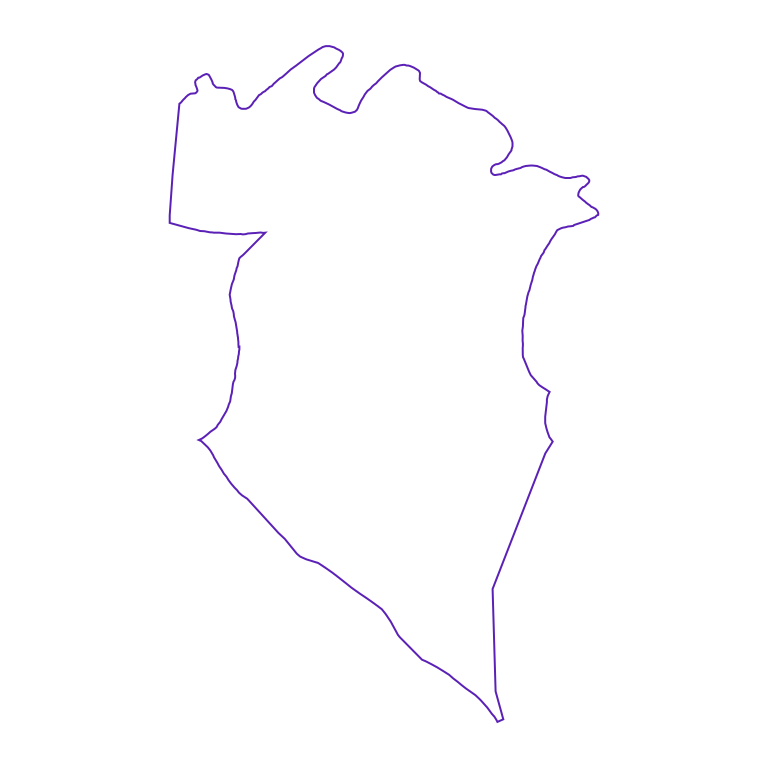 Cap Estate/Ranch Site, Gros Islet, Saint Lucia
{"feature_id": "8701671B82854907311550", "entity_name": "Cap Estate/Ranch Site", "entity_type": "district", "adm_level": 2, "iso_a3": "LCA", "parent_name": "Saint Lucia", "parent_adm1": "Gros Islet", "projection": "albers", "projection_center": [-60.933, 14.104], "detail": "fine", "context": "isolated", "style": "outline", "palette": "violet", "viewbox_px": 768, "rotation_deg": 0, "n_neighbors": 0, "source": "geoboundaries", "source_scale": "gbopen_adm2", "svg_char_len": 5995}
<svg xmlns="http://www.w3.org/2000/svg" viewBox="0 0 768 768"><path d="M503.3,719.3L495.6,691.4L492.6,589.0L545.3,453.4L552.7,441.6L550.7,438.8L549.5,437.4L547.5,431.9L546.4,428.2L545.2,423.1L545.2,416.7L546.9,402.2L546.9,399.5L547.7,396.0L549.6,391.9L548.3,391.1L546.4,389.8L541.8,386.9L539.2,385.1L537.4,383.2L536.6,381.8L530.8,375.2L529.1,371.7L523.7,358.5L523.1,357.4L522.8,355.3L522.7,348.0L522.9,345.8L522.9,343.5L522.6,340.7L522.7,335.9L522.3,330.8L522.9,326.4L523.1,321.1L523.3,317.9L524.2,315.7L524.6,314.1L525.5,307.1L525.5,306.1L525.9,304.6L527.3,296.6L528.5,292.3L529.4,290.3L530.7,284.9L532.3,279.9L533.0,276.3L533.4,275.3L534.1,272.5L534.7,271.2L535.0,269.9L536.4,266.2L537.7,263.9L539.7,259.1L540.2,258.3L541.1,256.0L543.6,252.7L544.5,250.1L545.4,249.0L546.9,246.6L548.4,244.3L549.0,243.7L550.2,241.2L551.4,239.2L554.9,234.3L556.2,231.8L557.3,230.1L560.8,228.4L562.4,227.8L563.9,227.5L565.3,227.3L568.0,226.5L571.2,226.2L573.4,225.8L574.1,225.0L588.3,220.3L589.3,220.0L591.0,218.8L592.1,218.4L593.9,217.5L594.8,217.4L595.5,216.8L596.3,215.9L597.4,215.1L598.2,214.9L598.3,213.4L598.0,212.4L597.5,211.2L596.3,209.6L595.0,208.6L594.2,208.2L592.7,207.3L591.4,206.9L590.2,205.7L589.1,204.8L588.4,204.4L585.9,202.5L585.2,201.7L582.8,199.9L579.4,196.9L578.7,196.5L578.2,195.5L578.3,194.3L578.6,192.7L579.6,190.6L580.3,189.4L582.8,187.1L583.7,187.0L584.7,186.5L585.5,185.8L586.8,184.4L587.8,183.6L588.8,182.4L589.2,181.5L589.3,180.2L588.3,178.7L587.5,178.1L586.3,176.9L582.9,175.7L581.5,175.8L579.8,176.2L577.6,176.4L575.8,177.0L572.6,177.3L570.4,178.0L565.3,178.0L562.3,177.3L560.6,176.8L558.7,176.1L557.0,175.1L554.4,174.1L552.5,173.0L549.8,171.7L546.3,169.7L544.5,169.2L542.1,168.0L540.2,167.2L537.0,166.0L532.2,165.5L529.7,165.6L525.7,166.0L524.2,166.4L522.0,167.1L520.5,168.0L517.2,168.8L514.9,169.5L513.3,170.3L510.7,170.8L508.3,171.5L504.5,173.2L503.5,173.2L501.9,173.5L501.0,174.3L499.7,174.3L495.5,175.0L494.6,175.0L493.3,174.6L491.6,173.0L491.1,171.7L491.1,169.0L491.6,167.8L492.4,166.4L494.5,164.9L496.2,164.2L497.8,164.1L498.9,163.7L500.6,162.8L501.6,162.3L502.7,161.3L504.4,160.3L507.0,157.2L508.7,154.2L511.4,150.5L511.5,149.5L512.0,148.0L512.5,146.3L512.5,142.7L512.1,140.9L510.7,137.3L507.3,130.4L505.4,127.3L504.2,125.8L502.2,124.2L500.7,122.8L499.6,121.9L497.8,120.0L496.0,118.6L494.8,117.9L493.0,116.1L489.1,113.1L488.3,112.6L487.0,111.4L485.9,110.7L482.2,109.7L474.8,109.0L468.4,108.0L466.4,107.1L460.7,104.2L458.7,103.2L452.9,99.7L451.2,98.9L446.5,96.9L444.3,95.5L442.5,94.7L440.7,93.6L439.0,93.5L437.9,92.3L437.0,91.9L435.9,90.8L434.1,89.9L430.1,87.2L428.0,86.1L426.3,84.8L421.8,82.3L420.2,81.1L419.8,80.0L419.7,79.1L420.0,72.9L419.1,71.1L418.5,70.5L414.0,67.7L410.3,66.1L408.2,65.5L406.6,65.5L404.8,64.9L403.0,64.9L400.2,65.3L395.6,66.5L393.7,67.6L390.3,69.8L381.9,77.3L377.7,81.5L376.2,83.3L374.1,84.8L372.3,86.4L370.4,88.7L367.5,90.9L364.9,94.3L363.2,97.4L362.1,99.0L361.0,100.8L359.1,104.8L357.8,108.2L357.0,109.8L355.0,111.7L351.7,112.7L349.8,113.1L347.8,112.9L345.3,112.4L341.5,111.2L339.9,110.1L337.3,109.0L329.1,104.5L324.4,102.3L320.6,100.7L318.7,99.0L316.9,97.8L315.1,95.1L314.0,92.6L314.0,88.7L314.4,87.3L317.1,83.3L321.0,79.0L325.6,75.9L326.9,74.3L328.2,73.7L334.0,69.6L336.2,67.4L339.1,63.3L340.1,62.5L340.8,61.0L341.8,58.1L342.4,57.2L342.7,56.4L342.9,55.6L343.0,53.6L342.5,52.6L340.6,50.9L338.8,49.8L335.8,48.4L334.3,47.4L329.5,46.1L326.0,46.1L324.4,46.5L322.5,47.1L321.2,48.0L318.3,49.6L308.4,56.2L296.0,65.7L290.7,69.5L286.2,73.6L282.2,77.1L279.8,78.4L276.5,81.3L275.6,82.2L273.9,83.6L271.8,86.1L269.8,86.9L269.0,87.5L268.4,88.3L266.2,90.0L265.3,91.0L264.2,91.6L262.6,92.5L260.8,94.2L258.9,95.2L258.0,96.5L255.4,100.0L253.8,101.6L252.2,104.2L250.7,106.0L249.1,107.4L246.3,108.7L245.4,108.8L242.0,108.8L241.1,108.6L238.6,107.2L237.2,104.7L236.2,101.7L236.0,100.4L235.3,99.1L235.3,98.2L234.9,96.4L233.6,92.1L232.9,90.8L232.0,89.9L230.1,89.1L227.5,88.4L224.2,87.9L217.0,87.6L216.0,87.2L213.3,84.4L212.7,83.4L212.6,82.4L211.3,79.4L208.9,75.0L207.8,74.4L206.5,74.0L205.4,74.3L202.8,75.4L199.5,77.6L198.3,77.7L197.1,79.2L195.7,80.3L195.3,81.4L195.1,82.5L195.5,84.1L195.5,85.0L196.4,87.0L197.5,90.3L197.3,91.3L196.8,91.9L196.0,92.8L195.2,93.3L190.5,93.7L188.0,95.1L185.8,97.1L184.8,98.3L183.1,99.9L180.9,102.6L179.4,103.7L172.6,174.7L169.7,215.4L169.7,222.9L188.6,228.1L196.4,229.8L200.1,231.0L204.2,231.2L209.9,232.3L212.1,232.4L214.0,232.7L219.8,232.7L225.9,233.5L236.0,234.2L240.6,234.0L243.0,234.4L245.8,234.1L247.8,233.5L253.2,233.1L255.4,233.0L260.6,232.5L263.2,232.9L265.2,232.7L243.8,254.3L242.1,255.8L240.8,256.8L239.3,258.3L238.4,261.7L237.5,266.4L236.7,268.0L236.2,270.4L234.6,275.0L234.1,277.4L233.8,279.4L231.9,284.1L230.8,288.9L229.7,294.7L229.8,295.5L230.5,299.4L230.6,301.4L231.5,305.3L232.0,308.3L233.3,311.4L233.8,314.2L233.9,316.1L234.8,319.5L235.6,322.2L237.2,331.9L237.2,333.1L237.6,335.0L237.6,335.7L238.0,337.6L238.1,339.6L238.4,341.9L238.4,344.3L238.6,346.9L239.4,346.7L239.4,349.3L239.0,351.4L238.8,354.1L238.2,356.7L238.1,358.3L237.5,360.9L237.4,362.9L236.6,366.3L235.4,369.9L235.0,373.7L235.2,375.9L235.1,377.8L234.5,379.9L233.5,381.7L232.9,384.2L231.8,393.2L230.9,396.3L230.5,399.2L230.1,401.6L228.8,404.4L228.1,406.9L226.4,411.0L221.7,419.0L220.2,421.9L217.8,424.8L216.6,427.1L214.7,428.8L210.6,431.6L207.4,434.4L204.3,436.9L201.9,438.6L198.8,440.0L201.3,441.1L207.8,447.3L210.4,450.6L213.3,455.5L213.9,457.1L217.4,462.9L219.2,466.3L221.5,469.6L223.9,473.7L226.5,476.8L228.7,480.4L231.5,484.1L234.7,487.8L237.0,490.1L239.0,492.7L242.1,495.4L247.3,498.8L278.4,532.9L284.8,538.9L296.8,553.7L300.2,556.6L306.2,559.3L318.2,563.0L326.0,568.2L332.3,572.6L339.7,578.3L351.5,587.7L359.8,593.6L367.1,598.5L375.1,604.2L381.8,609.2L385.7,614.1L390.8,621.7L397.9,634.8L399.8,637.2L422.0,659.7L425.8,661.3L431.8,664.4L437.3,667.4L449.0,674.7L453.2,678.4L457.4,681.6L462.1,685.5L466.1,688.6L475.6,695.3L480.6,700.1L487.4,707.7L491.9,713.9L494.5,716.8L496.7,720.4L497.4,721.9L503.3,719.3Z" fill="none" stroke="#5b21b6" stroke-width="2"/></svg>